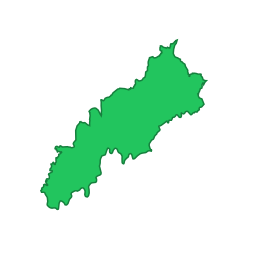 outline of Olintla, Puebla, Mexico, rotated 196°
{"feature_id": "50627088B53016454069278", "entity_name": "Olintla", "entity_type": "district", "adm_level": 2, "iso_a3": "MEX", "parent_name": "Mexico", "parent_adm1": "Puebla", "projection": "robinson", "projection_center": [-97.671, 20.114], "detail": "fine", "context": "isolated", "style": "filled", "palette": "green", "viewbox_px": 256, "rotation_deg": 196, "n_neighbors": 0, "source": "geoboundaries", "source_scale": "gbopen_adm2", "svg_char_len": 5840}
<svg xmlns="http://www.w3.org/2000/svg" viewBox="0 0 256 256"><g transform="rotate(196 128 128)"><path d="M194.2,45.6L193.8,45.4L193.8,45.0L194.5,43.8L193.4,42.4L191.2,43.1L190.0,42.7L189.2,41.5L186.4,39.0L184.9,35.3L184.7,32.6L184.5,31.9L184.0,31.3L181.9,30.2L180.6,29.9L179.0,30.0L177.4,30.7L175.9,31.1L174.9,30.9L173.9,30.3L173.3,30.3L172.7,30.7L172.6,31.4L173.5,36.8L173.1,39.1L172.5,39.4L171.4,39.4L169.1,38.6L167.2,36.8L166.1,37.0L165.7,37.3L164.9,38.8L164.6,43.2L163.3,46.1L163.3,46.8L163.7,47.8L164.5,48.7L164.6,49.7L164.2,50.5L161.7,53.0L160.3,53.4L159.2,53.4L158.1,54.4L157.3,55.2L156.8,56.8L156.3,57.1L155.8,57.8L154.4,58.0L154.0,57.8L153.2,57.2L152.0,55.8L151.6,54.6L151.2,52.2L150.5,51.0L150.0,50.6L149.2,50.4L148.0,50.6L147.6,51.3L147.3,52.3L147.4,54.8L148.4,57.9L149.4,59.9L149.7,61.0L149.5,62.3L148.6,64.3L147.9,65.2L144.0,66.9L143.6,68.1L143.9,69.6L144.6,70.9L145.1,71.2L145.0,72.2L144.2,73.4L141.7,75.4L141.3,76.3L141.5,77.5L145.0,83.6L144.9,84.4L145.1,86.6L145.8,89.3L145.9,91.2L145.4,94.0L142.6,95.9L142.4,96.9L142.3,100.2L142.1,102.5L141.9,103.0L141.4,103.2L140.8,103.1L139.7,102.5L139.3,100.6L138.8,99.5L137.8,98.9L137.1,98.9L136.7,99.1L136.2,99.9L136.0,102.7L135.2,104.6L134.7,105.0L133.3,105.0L132.2,104.3L131.7,103.3L130.6,102.1L129.9,101.7L128.0,101.4L126.2,99.7L125.7,98.7L125.3,97.0L124.2,93.4L123.6,92.6L122.6,92.3L122.3,92.4L122.1,93.0L122.3,95.8L121.1,98.4L119.9,100.0L119.7,100.9L119.9,102.5L119.6,103.3L118.8,104.0L118.3,104.1L117.6,103.8L116.7,102.9L115.8,101.3L114.9,99.9L114.7,99.7L114.1,99.8L113.2,100.4L111.2,104.0L109.3,106.5L107.6,107.7L104.1,109.3L102.4,111.4L101.4,112.0L99.2,112.2L99.2,112.9L99.5,113.5L100.5,113.7L101.2,114.4L102.9,117.1L103.2,118.8L102.0,122.8L100.7,124.1L100.4,124.8L100.2,127.3L99.8,128.4L98.8,130.0L98.7,131.4L97.9,132.8L96.9,134.2L96.8,135.2L98.6,137.6L98.9,138.2L98.5,138.6L97.5,139.1L96.7,139.9L94.2,143.1L92.9,145.1L92.4,145.3L91.4,144.1L90.8,144.0L90.5,144.4L90.7,145.7L90.5,146.8L88.4,147.4L88.1,149.0L88.1,150.1L88.0,150.4L86.5,151.2L85.7,152.4L85.4,153.7L84.8,154.2L84.0,154.1L81.8,152.5L81.1,152.5L80.2,152.8L80.0,153.5L80.0,154.5L80.8,156.4L80.8,157.1L79.1,156.8L78.4,156.9L77.7,157.6L77.2,159.4L76.0,160.3L75.0,160.3L71.5,158.1L71.1,158.1L70.5,158.6L69.8,160.1L69.4,160.6L69.1,160.9L68.4,160.9L67.9,162.0L67.3,162.3L66.1,162.3L65.6,163.4L65.6,164.0L64.9,164.6L64.5,165.2L65.0,166.3L64.9,167.1L64.5,167.8L63.6,168.1L62.9,168.8L61.5,171.8L65.0,176.3L67.8,176.6L69.0,177.9L70.2,180.0L69.6,180.2L69.8,181.1L69.4,183.1L69.3,185.9L68.3,186.4L68.0,186.8L68.2,188.6L68.8,189.9L68.5,191.9L68.3,192.0L67.9,191.7L67.2,190.6L66.7,193.2L65.7,195.1L66.9,194.8L69.1,195.1L70.5,197.2L72.3,198.5L72.5,198.9L72.4,199.5L72.8,199.9L75.5,199.1L77.5,199.2L79.6,198.9L80.1,198.7L80.2,198.4L81.0,198.5L81.3,198.3L81.3,197.8L81.5,197.5L82.8,196.8L83.1,196.4L83.1,195.8L82.9,194.9L83.1,194.6L83.5,194.6L83.6,195.3L84.3,196.3L85.1,196.4L85.2,197.2L86.1,198.4L86.5,200.0L89.7,203.0L90.9,205.0L93.1,205.7L94.1,206.4L95.6,206.6L96.2,207.2L96.6,208.5L97.9,208.6L99.6,209.1L102.0,209.2L102.9,209.7L104.4,211.3L105.0,212.1L105.8,216.1L105.9,220.3L105.0,222.7L105.0,226.1L106.3,225.1L106.2,224.4L106.9,223.9L107.5,222.2L108.0,221.8L108.0,221.5L110.1,220.6L110.1,219.2L109.7,218.2L110.0,217.2L109.9,216.4L110.6,216.2L112.4,216.5L112.7,215.8L113.2,215.3L114.1,215.5L116.1,215.3L118.0,216.1L119.0,216.1L119.5,215.8L119.2,214.7L119.4,214.1L118.8,211.9L118.3,211.4L116.8,211.3L116.8,210.5L116.2,209.9L116.2,209.6L116.5,208.9L117.0,208.8L117.1,207.4L117.7,206.8L117.6,205.9L118.2,205.7L120.3,203.4L122.0,202.6L122.8,202.7L123.8,203.4L125.5,202.4L125.7,201.9L126.5,201.7L126.8,201.1L126.6,200.5L126.8,199.0L126.8,197.0L126.6,196.4L126.4,196.2L126.3,195.2L125.8,194.5L125.6,193.3L126.1,192.2L125.9,191.1L125.1,188.6L126.4,186.7L125.7,182.9L125.8,181.3L127.1,180.0L127.4,178.4L128.5,177.2L130.2,176.3L130.9,176.2L132.0,176.8L133.3,177.0L133.9,176.2L134.0,175.8L133.8,174.7L133.1,173.0L132.9,171.9L133.5,171.1L133.3,170.5L133.8,169.7L133.9,169.0L133.7,168.2L133.9,167.7L135.4,167.3L136.5,167.4L136.4,166.2L137.6,166.1L137.7,164.9L142.1,164.9L146.9,163.9L147.0,163.6L147.5,163.1L148.6,162.6L152.1,157.6L152.7,155.2L153.4,154.8L153.5,154.0L154.9,152.3L156.4,151.7L158.1,150.3L158.8,147.8L159.3,147.4L159.9,147.4L160.6,147.8L161.4,147.8L161.8,147.5L160.9,145.6L159.9,141.9L158.1,137.2L158.0,135.7L157.2,133.8L157.1,132.3L159.0,134.1L161.5,136.9L164.2,138.1L165.3,138.1L166.4,137.6L167.6,136.9L168.9,135.5L170.0,133.3L169.1,132.2L168.7,132.1L168.7,131.5L167.8,129.5L167.2,125.5L166.8,125.1L166.3,122.3L165.5,119.7L167.6,119.9L170.7,121.2L171.7,121.1L172.1,120.7L173.7,120.6L174.5,120.7L175.0,121.1L175.2,120.8L176.0,120.6L175.9,119.4L177.5,116.0L177.6,111.2L174.8,102.2L176.2,99.1L176.3,97.9L176.0,97.3L174.8,96.0L174.5,95.2L174.7,94.8L176.3,93.6L177.3,93.4L177.9,93.7L180.1,93.3L180.8,93.4L186.0,91.6L186.7,92.0L188.1,92.2L188.5,91.9L188.6,90.7L189.8,90.4L190.5,90.8L191.8,90.6L192.4,89.9L192.5,88.3L192.3,87.9L191.9,87.9L191.3,88.3L190.9,88.2L190.9,87.2L189.9,86.9L189.5,85.7L189.2,85.5L188.7,86.1L187.9,86.5L187.0,86.1L186.6,86.1L186.0,86.7L185.6,86.7L185.4,86.7L185.1,86.3L186.1,84.5L187.3,83.6L187.2,82.9L186.8,82.2L187.0,81.6L187.5,80.7L187.7,79.8L188.6,79.8L189.0,79.4L188.2,76.8L187.7,75.6L188.2,74.3L187.9,73.0L188.1,72.8L188.8,72.8L189.5,73.3L189.9,74.3L190.4,74.4L190.8,73.5L190.8,72.8L192.1,72.0L190.9,70.4L190.9,68.5L191.6,67.2L191.3,65.6L190.7,65.5L189.5,66.2L189.0,66.0L188.8,65.2L189.0,64.6L191.5,62.2L191.5,61.3L190.4,60.3L189.8,57.8L190.3,57.1L191.7,56.9L192.2,56.5L192.3,55.6L191.3,54.9L191.5,54.4L192.2,54.6L192.5,54.4L192.5,54.1L191.7,52.8L190.7,52.2L190.4,51.4L189.7,51.3L189.5,51.0L189.6,50.6L190.1,50.4L190.5,50.4L192.0,51.0L192.8,50.8L193.3,50.3L193.4,50.0L193.0,49.2L193.0,48.2L193.3,47.5L193.8,47.2L194.2,46.7L194.2,45.6Z" fill="#22c55e" stroke="#15803d" stroke-width="1.5"/></g></svg>